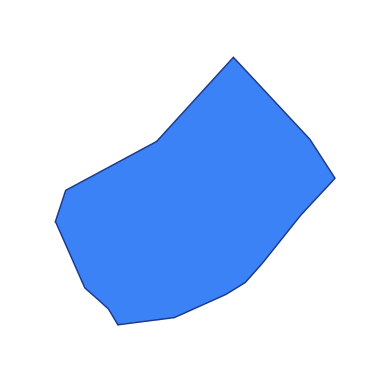 Zamyn U'ud, Dornogovi, Mongolia (Mercator projection), rotated 69°
{"feature_id": "93677404B96748397231812", "entity_name": "Zamyn U'ud", "entity_type": "district", "adm_level": 2, "iso_a3": "MNG", "parent_name": "Mongolia", "parent_adm1": "Dornogovi", "projection": "mercator", "projection_center": [111.89, 43.804], "detail": "fine", "context": "isolated", "style": "filled", "palette": "blue", "viewbox_px": 384, "rotation_deg": 69, "n_neighbors": 0, "source": "geoboundaries", "source_scale": "gbopen_adm2", "svg_char_len": 629}
<svg xmlns="http://www.w3.org/2000/svg" viewBox="0 0 384 384"><g transform="rotate(69 192 192)"><path d="M171.0,330.4L171.3,330.0L206.7,328.2L235.6,326.8L243.0,326.4L245.1,325.4L259.6,317.8L263.4,315.9L265.4,314.9L268.6,313.3L270.5,312.3L271.4,311.9L280.4,310.3L289.4,308.8L289.5,308.7L289.4,308.6L289.5,308.6L292.2,297.3L302.9,253.5L300.5,210.2L299.7,196.8L298.3,189.3L296.9,181.7L295.5,174.6L284.8,153.9L283.3,151.1L265.7,121.1L252.6,98.8L250.1,93.6L249.2,91.9L232.5,57.7L232.4,57.7L230.4,53.6L230.2,53.6L185.0,63.1L81.1,105.1L132.1,206.8L145.2,309.3L171.0,330.4Z" fill="#3b82f6" stroke="#1e3a8a" stroke-width="1.5"/></g></svg>